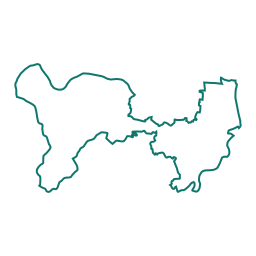 the district of Tu Nghia, Quảng Ngãi, Vietnam
{"feature_id": "81297802B55656475848083", "entity_name": "Tu Nghia", "entity_type": "district", "adm_level": 2, "iso_a3": "VNM", "parent_name": "Vietnam", "parent_adm1": "Quảng Ngãi", "projection": "robinson", "projection_center": [108.775, 15.091], "detail": "fine", "context": "isolated", "style": "outline", "palette": "teal", "viewbox_px": 256, "rotation_deg": 0, "n_neighbors": 0, "source": "geoboundaries", "source_scale": "gbopen_adm2", "svg_char_len": 5852}
<svg xmlns="http://www.w3.org/2000/svg" viewBox="0 0 256 256"><path d="M77.6,169.5L77.3,167.0L76.7,165.2L72.8,158.6L75.5,157.1L76.3,156.4L76.8,155.7L77.5,153.3L77.9,152.5L79.2,151.0L80.4,148.6L81.5,147.7L82.8,147.2L83.7,146.4L86.8,141.8L87.8,140.9L88.4,140.7L93.2,139.2L94.2,138.5L96.6,135.2L101.2,132.4L102.2,132.3L105.1,132.6L107.2,133.0L107.5,133.8L106.3,138.0L106.3,138.3L109.6,141.5L112.5,143.9L115.9,140.9L116.8,140.6L121.4,141.4L123.1,141.3L124.0,141.0L125.5,139.2L127.2,136.2L128.8,136.2L130.4,136.4L132.2,137.2L132.7,137.2L132.9,137.0L132.9,136.2L132.2,135.8L131.9,135.4L132.0,135.0L132.3,134.7L134.1,135.1L135.7,135.6L136.7,135.5L136.9,134.9L136.7,134.5L136.0,133.7L135.2,133.1L132.8,133.0L132.5,132.8L132.4,132.1L132.7,131.7L133.0,131.6L137.4,131.5L141.8,131.7L143.3,131.0L143.9,130.8L144.5,130.9L145.9,132.9L146.5,133.3L147.1,133.5L148.8,133.5L151.4,133.9L151.7,133.7L152.4,132.5L152.8,132.2L153.4,132.2L153.8,132.6L154.3,132.8L154.9,132.7L156.3,131.7L156.4,132.7L156.2,135.4L155.8,135.8L155.0,136.1L154.7,136.5L154.4,137.0L154.2,138.1L154.3,138.8L155.2,140.5L154.5,141.2L153.5,141.7L151.7,141.9L151.0,142.3L150.7,142.5L150.2,143.7L150.3,144.2L151.3,146.2L151.4,147.3L151.2,148.2L151.4,148.9L151.9,149.2L152.5,149.2L152.9,152.8L153.7,153.3L154.6,154.6L154.8,154.6L155.1,154.5L155.7,153.4L156.3,153.6L156.7,154.4L157.2,154.5L158.3,153.3L161.7,152.6L162.8,152.7L163.2,152.9L164.0,153.9L165.7,157.1L166.5,157.5L167.2,157.5L168.2,156.9L169.7,156.8L170.2,156.8L172.2,158.4L172.8,158.6L173.0,158.5L173.5,157.2L173.9,157.1L175.2,157.6L175.7,157.9L175.9,158.3L175.7,159.1L174.1,161.2L176.1,166.4L176.9,168.2L177.8,171.9L178.4,173.1L179.9,174.8L179.8,176.8L180.0,177.9L179.7,178.6L179.2,178.8L176.7,178.8L174.1,179.1L173.6,179.6L173.2,180.5L171.9,181.1L171.4,182.2L171.8,183.6L171.7,183.9L170.1,185.0L171.0,185.7L172.0,187.8L173.1,188.9L173.8,188.9L174.2,188.7L175.5,186.9L176.0,186.6L177.5,191.4L177.9,191.8L178.3,191.8L181.0,190.3L183.8,190.1L184.4,189.9L187.8,187.2L189.5,185.5L190.7,183.8L191.7,182.9L193.5,182.1L194.2,182.5L194.6,183.6L194.6,185.3L194.1,187.1L192.4,189.8L192.4,190.5L192.8,190.7L195.5,191.5L197.0,191.5L198.2,190.5L198.8,189.6L199.6,188.0L200.1,184.2L200.1,183.7L199.1,181.1L199.0,179.1L199.3,176.4L199.5,175.6L200.9,173.1L201.6,172.1L202.6,171.3L205.0,170.4L208.9,170.3L213.1,169.9L214.3,169.6L216.7,168.4L217.2,168.0L217.9,167.0L219.9,163.1L222.0,157.7L222.3,157.4L224.2,156.7L227.2,156.8L228.5,155.3L229.1,154.2L229.4,152.4L229.2,150.4L228.6,148.4L227.9,147.2L227.2,145.5L227.4,143.1L227.8,142.0L228.6,140.8L231.0,138.0L233.6,135.7L231.3,133.9L230.0,133.5L228.4,133.5L228.0,133.3L228.5,130.9L228.8,130.5L229.8,130.0L233.2,128.9L237.9,126.6L238.9,128.1L240.4,126.4L240.6,125.7L240.6,124.8L240.3,123.1L240.3,121.1L238.6,114.1L235.4,97.8L235.5,92.9L235.8,89.2L236.6,86.5L236.6,85.7L236.9,84.6L236.8,84.2L236.4,84.0L235.8,83.0L235.5,82.1L235.5,80.5L233.9,80.5L231.4,80.1L229.4,80.8L228.4,80.8L224.5,79.7L222.6,78.7L221.6,77.9L221.0,77.7L220.8,79.9L221.4,82.5L222.0,83.8L214.3,83.0L210.4,82.9L204.2,82.5L204.8,88.7L204.8,90.6L201.2,90.5L200.0,90.6L199.6,90.9L199.6,91.8L202.0,92.6L202.8,93.1L202.9,93.9L202.7,97.7L202.5,99.8L199.9,99.3L199.7,99.6L199.5,100.1L199.7,102.2L199.1,102.3L199.0,105.4L200.5,106.1L200.1,111.1L199.7,112.5L197.6,112.1L197.0,112.7L196.2,114.1L195.4,116.3L195.1,117.9L195.2,118.2L196.2,118.8L196.6,119.5L196.2,120.0L194.5,119.7L193.6,119.9L193.0,121.6L191.7,121.3L190.8,122.5L189.5,122.4L188.8,122.9L188.4,122.7L187.5,121.4L186.2,120.8L186.7,118.7L186.7,118.4L185.9,118.0L185.0,118.1L184.0,119.4L183.5,119.8L182.1,119.8L181.0,120.0L177.9,120.0L176.8,120.0L174.8,119.5L174.5,119.9L174.6,121.7L174.4,122.5L174.0,123.1L172.5,124.3L171.5,125.4L170.5,125.6L169.6,125.1L167.9,123.7L165.9,122.7L164.3,122.4L163.7,122.8L163.2,123.8L162.5,124.5L159.0,126.1L158.5,125.8L158.3,124.8L157.5,124.1L156.5,123.9L155.8,123.4L151.2,119.7L151.6,117.0L148.7,117.7L147.0,119.4L145.2,120.0L145.1,120.3L145.3,121.2L145.2,121.4L143.5,121.3L137.4,119.7L134.4,119.2L133.7,119.0L133.0,118.3L132.0,117.0L131.3,116.6L130.4,116.2L128.4,116.0L128.4,114.8L128.6,114.5L130.2,113.3L130.4,112.9L130.8,111.8L131.2,108.9L131.1,108.7L130.2,108.2L130.3,106.7L130.1,104.9L129.7,104.6L128.8,104.5L128.7,104.2L128.7,103.9L129.3,102.6L129.6,101.3L129.7,98.8L130.8,97.9L131.7,96.8L133.2,96.3L134.4,95.4L134.8,94.8L133.3,93.5L132.3,92.4L130.4,89.7L129.6,88.3L128.5,85.3L127.5,83.9L123.2,80.4L121.7,79.7L119.8,79.3L116.9,79.0L110.6,79.5L107.2,78.7L103.7,76.9L101.3,76.1L88.8,73.7L83.6,73.4L82.6,73.6L77.2,76.6L73.9,77.8L71.2,79.3L70.2,80.2L67.7,83.3L66.7,84.9L66.1,86.3L64.4,88.1L62.9,89.1L61.9,89.5L58.9,89.7L57.3,89.4L54.4,88.3L53.7,87.8L51.7,85.5L50.6,83.4L50.1,81.2L47.6,77.0L44.8,73.4L41.9,69.5L41.0,67.8L40.2,65.7L39.6,64.9L38.3,64.2L37.4,64.1L35.6,64.5L33.5,65.3L30.5,65.7L29.2,66.4L25.0,69.4L20.8,73.5L20.0,74.6L19.2,76.1L17.6,78.4L16.6,81.3L15.7,82.9L15.4,84.0L15.4,85.1L15.5,86.7L16.1,88.6L16.3,90.2L16.3,94.2L16.9,96.9L19.7,97.7L23.6,99.0L26.2,101.0L30.0,102.9L32.7,104.5L33.9,105.4L34.7,106.3L35.2,107.2L36.2,111.0L37.3,118.0L38.1,121.7L38.8,122.8L39.6,123.4L41.7,124.0L42.4,124.8L42.6,126.3L42.4,127.4L42.3,128.9L43.0,133.8L43.5,134.9L44.7,135.8L46.2,136.4L46.5,136.8L46.9,137.5L49.0,144.3L49.9,145.4L50.4,146.4L50.5,147.5L49.6,149.4L47.3,152.2L45.9,153.6L44.9,154.4L43.6,155.8L43.3,157.3L43.2,163.0L42.9,163.4L40.6,164.8L38.6,166.9L37.2,169.0L36.8,170.9L36.9,172.4L37.7,173.9L38.5,175.0L39.7,175.9L40.1,176.5L40.2,177.2L40.4,178.5L40.2,183.7L40.0,184.8L39.3,185.7L40.4,186.4L41.5,187.2L45.0,188.7L45.5,189.1L46.5,191.1L47.1,191.5L47.8,191.8L48.7,191.9L50.1,191.4L51.8,189.7L53.1,188.9L53.7,188.8L55.9,189.2L56.4,188.9L57.1,188.2L57.7,187.1L59.2,182.7L59.9,181.8L61.4,181.0L63.2,179.0L64.5,178.0L66.3,177.6L69.2,177.5L70.5,177.1L71.1,176.7L72.1,175.2L74.7,172.3L77.2,170.3L77.6,169.5Z" fill="none" stroke="#0f766e" stroke-width="2"/></svg>